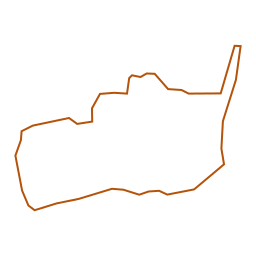 outline of Bouza, Tahoua, Niger
{"feature_id": "23599985B24942158565256", "entity_name": "Bouza", "entity_type": "district", "adm_level": 2, "iso_a3": "NER", "parent_name": "Niger", "parent_adm1": "Tahoua", "projection": "mercator", "projection_center": [6.113, 14.511], "detail": "fine", "context": "isolated", "style": "outline", "palette": "amber", "viewbox_px": 256, "rotation_deg": 0, "n_neighbors": 0, "source": "geoboundaries", "source_scale": "gbopen_adm2", "svg_char_len": 578}
<svg xmlns="http://www.w3.org/2000/svg" viewBox="0 0 256 256"><path d="M22.1,190.6L28.4,205.5L34.6,210.2L56.6,203.4L78.7,198.9L112.0,188.8L123.3,189.7L139.3,194.7L148.6,191.5L159.1,190.8L167.3,194.6L194.1,189.4L216.3,170.8L224.0,164.3L221.4,148.5L222.9,121.2L235.9,79.9L240.6,46.1L234.6,45.8L220.7,93.4L188.7,93.6L181.5,90.0L168.1,89.1L154.7,73.8L146.7,73.5L140.5,77.0L132.0,75.3L129.2,78.1L127.0,93.6L114.2,92.8L100.0,93.9L92.0,108.3L92.2,121.6L77.2,123.9L69.0,118.0L32.8,125.6L21.6,131.2L20.9,140.2L15.4,155.6L22.1,190.6Z" fill="none" stroke="#b45309" stroke-width="2"/></svg>